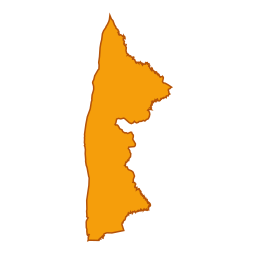 outline of Thep Sathit, Chaiyaphum, Thailand
{"feature_id": "78962969B6140233535847", "entity_name": "Thep Sathit", "entity_type": "district", "adm_level": 2, "iso_a3": "THA", "parent_name": "Thailand", "parent_adm1": "Chaiyaphum", "projection": "equal_earth", "projection_center": [101.542, 15.61], "detail": "fine", "context": "isolated", "style": "filled", "palette": "amber", "viewbox_px": 256, "rotation_deg": 0, "n_neighbors": 0, "source": "geoboundaries", "source_scale": "gbopen_adm2", "svg_char_len": 5852}
<svg xmlns="http://www.w3.org/2000/svg" viewBox="0 0 256 256"><path d="M135.3,145.3L135.4,143.8L132.7,139.2L133.3,136.8L133.3,135.1L132.2,133.8L131.6,132.3L130.6,132.2L127.8,133.5L126.0,132.7L125.0,133.0L123.0,131.8L122.6,131.4L122.1,129.9L119.7,128.7L118.5,126.3L117.7,125.3L117.0,124.9L115.5,125.0L115.1,124.6L115.9,122.6L116.6,119.1L118.4,118.4L120.8,118.9L123.8,118.1L124.8,118.7L129.3,122.7L131.3,123.6L133.2,122.8L134.4,121.3L135.2,122.2L136.6,122.9L138.3,122.3L139.1,121.5L141.6,121.3L143.3,120.4L144.9,121.0L146.5,119.5L148.2,118.8L149.3,116.6L149.8,114.2L149.5,112.5L148.6,110.7L147.7,110.3L148.6,109.2L149.5,109.5L150.3,109.0L150.7,109.5L151.4,109.6L150.9,109.1L151.3,108.2L150.8,108.1L150.8,107.7L150.4,107.5L151.1,107.3L151.1,106.4L150.7,105.9L151.0,105.2L151.6,105.2L151.3,104.7L151.5,104.0L152.1,104.1L151.9,102.6L152.3,102.5L152.4,103.0L153.3,102.6L153.1,101.9L152.2,101.3L153.0,101.1L153.7,101.6L154.4,101.2L154.7,100.5L154.9,101.5L156.0,101.7L156.3,100.8L155.7,100.0L156.1,99.6L156.8,99.6L157.4,99.0L157.7,99.4L157.7,100.7L159.4,100.9L160.3,100.3L160.9,98.7L161.5,99.0L161.6,98.6L162.4,98.1L163.2,98.4L163.6,97.6L164.2,97.9L165.2,97.2L166.2,97.6L166.3,96.1L166.9,95.8L168.2,95.9L168.7,94.5L169.8,94.0L168.8,92.7L168.7,91.3L168.3,90.3L168.4,89.3L170.1,88.5L170.4,87.9L171.6,87.2L167.9,84.7L165.1,83.2L163.4,82.9L162.5,81.7L163.3,78.3L163.3,77.3L162.9,76.8L162.5,76.3L162.2,76.7L160.7,76.7L160.5,77.1L159.7,76.7L159.0,74.7L158.5,74.9L158.3,74.4L158.1,74.7L157.8,73.9L157.4,74.1L156.7,72.2L156.4,71.9L155.6,71.8L155.3,72.2L155.4,73.3L154.7,73.0L154.3,71.4L152.5,69.8L152.3,68.6L152.0,68.9L151.7,68.5L151.6,70.2L151.2,69.6L150.7,69.6L150.8,68.9L150.0,68.2L149.5,66.7L148.7,66.3L148.9,65.4L149.5,65.2L149.1,64.7L148.9,63.7L148.2,63.7L147.5,64.1L147.3,63.9L147.5,63.9L147.5,63.5L147.1,63.5L147.2,62.7L146.5,62.9L145.9,62.5L145.3,63.2L145.3,64.1L143.5,64.1L143.0,63.6L142.5,65.1L142.0,64.5L142.0,63.5L141.5,63.5L141.3,62.9L141.0,62.6L140.7,62.8L140.5,62.2L140.2,62.7L139.7,62.3L138.5,62.3L138.6,63.1L138.0,62.4L136.9,62.3L136.6,63.1L135.7,62.6L135.7,61.8L134.8,60.4L134.7,59.7L134.0,59.2L132.7,59.2L133.0,58.1L133.8,57.5L133.7,57.1L133.1,57.0L132.2,57.6L131.0,56.8L130.6,55.9L129.6,55.8L129.3,56.1L128.5,54.6L127.5,55.1L127.9,54.2L126.7,53.3L126.0,50.6L126.3,47.6L125.6,46.3L126.0,44.8L124.7,45.2L123.8,43.9L123.9,43.2L124.3,43.2L124.0,42.6L124.4,41.3L123.4,40.4L123.2,38.8L123.7,38.5L125.0,38.7L124.8,36.9L124.2,36.2L123.7,36.4L123.5,35.8L123.3,36.5L123.1,36.1L122.6,36.4L121.8,35.4L120.5,34.7L119.7,35.1L119.4,34.7L118.8,34.7L118.5,33.8L118.8,33.2L118.5,32.9L118.9,32.9L118.6,32.3L118.7,31.7L118.6,31.3L118.8,31.6L118.8,31.3L118.2,30.9L117.9,29.7L116.0,28.2L115.8,26.9L114.5,24.9L112.9,20.6L111.4,19.1L109.9,15.4L109.4,19.5L108.8,21.5L107.5,24.3L106.0,26.6L106.0,27.3L103.6,30.8L102.4,33.8L101.7,39.7L100.8,43.3L100.1,47.7L99.5,56.8L98.7,62.5L99.1,65.1L98.9,69.1L98.1,69.8L94.7,75.8L93.8,79.7L92.9,81.4L92.6,82.8L93.6,86.1L93.7,89.1L93.4,90.7L92.1,95.0L91.8,98.7L91.9,100.2L91.3,102.0L90.2,109.0L87.3,116.9L85.9,124.3L84.5,134.6L84.7,136.1L84.4,138.0L84.6,138.5L84.4,142.8L84.9,144.6L84.4,145.7L84.9,146.5L85.4,149.6L85.2,153.7L85.7,159.9L85.6,161.2L86.2,165.2L87.1,167.7L88.7,176.4L89.2,177.8L88.9,185.4L86.7,200.5L86.9,209.2L86.6,211.1L86.9,215.5L86.7,216.7L88.1,217.8L86.4,220.9L86.2,222.3L86.3,227.5L86.9,229.5L86.8,231.1L87.2,234.7L87.8,235.5L88.0,235.4L88.2,234.7L88.9,234.4L89.2,234.6L88.8,235.2L88.6,236.8L88.2,237.6L88.3,239.6L88.0,240.6L89.3,240.2L98.6,240.4L98.7,239.9L99.1,240.1L99.4,239.0L100.2,239.0L99.9,238.7L100.1,238.3L99.7,237.9L100.5,238.2L100.9,237.6L102.0,237.2L101.8,236.8L102.1,236.5L102.2,237.4L102.0,237.7L103.0,238.1L103.0,237.1L103.6,236.6L103.6,236.0L104.1,235.4L103.6,235.1L104.1,233.9L106.7,232.8L112.0,232.9L123.8,230.5L121.9,224.4L122.3,222.7L122.5,222.4L122.9,222.7L123.8,220.3L124.6,220.2L125.2,219.2L125.8,216.8L126.8,216.2L126.8,215.7L128.1,214.3L128.6,214.8L128.7,214.0L128.2,213.7L128.4,213.0L128.9,213.6L129.5,213.1L130.5,213.3L130.6,212.1L131.0,212.7L132.0,212.3L132.3,213.4L132.7,212.8L132.9,211.6L134.3,211.9L134.7,211.3L135.6,212.5L135.8,212.0L137.0,211.5L137.4,211.1L137.6,211.3L137.8,210.9L138.1,211.1L138.3,210.6L138.7,210.9L139.0,210.5L139.5,210.7L139.4,210.2L140.0,211.0L140.3,210.8L140.7,209.2L141.3,209.4L141.7,210.5L142.0,210.2L143.0,210.6L143.4,210.0L143.4,210.4L143.7,210.0L143.8,210.2L144.4,209.8L144.6,209.2L145.2,209.4L145.1,209.9L145.8,209.7L145.8,210.1L146.2,210.3L146.9,209.9L146.9,209.5L147.6,210.2L148.1,209.7L148.6,209.8L148.4,208.6L148.6,208.1L148.3,207.8L149.0,206.9L148.5,207.1L148.5,206.7L148.8,206.1L149.0,206.6L149.5,206.3L149.7,205.8L150.1,206.0L150.4,205.5L150.3,204.2L149.9,203.6L149.5,203.9L149.3,202.8L148.6,202.3L148.1,202.6L148.3,203.3L148.1,203.4L147.5,202.7L147.8,200.9L147.6,201.3L147.0,201.1L147.3,200.1L147.0,199.4L146.2,199.1L146.0,199.7L145.6,199.8L145.6,198.4L145.2,198.6L144.8,198.3L144.7,198.7L144.6,198.0L144.1,198.0L144.4,197.4L144.6,197.4L144.5,197.0L144.2,197.1L144.3,196.7L144.1,196.4L143.5,196.6L143.2,196.2L143.4,195.8L142.7,196.0L142.7,195.4L141.9,195.1L142.1,194.8L141.5,194.6L141.8,194.3L141.5,194.0L141.6,193.7L140.7,193.5L140.5,193.1L140.9,192.7L140.8,192.2L141.0,191.9L140.8,191.7L140.3,191.9L140.1,191.3L140.4,190.9L139.7,190.2L139.3,189.1L138.8,189.4L138.6,188.8L137.5,189.4L136.8,189.3L136.9,189.6L136.5,189.9L136.9,187.4L135.9,187.6L135.5,187.1L134.9,187.3L134.8,186.5L135.7,184.1L135.3,183.9L134.7,182.6L132.9,182.3L133.3,181.4L133.3,179.3L134.5,176.1L133.1,172.2L131.6,170.9L128.5,169.6L127.8,168.8L127.2,167.0L125.7,166.8L125.4,165.7L124.7,165.5L125.5,164.5L125.3,164.0L125.6,163.5L125.8,162.2L126.6,162.3L127.2,161.1L127.6,161.1L127.8,160.1L128.7,160.4L129.1,158.4L130.5,156.8L130.8,153.6L130.0,152.4L129.7,150.5L128.3,148.6L128.8,147.1L134.1,146.6L134.6,146.4L135.3,145.3Z" fill="#f59e0b" stroke="#b45309" stroke-width="1.5"/></svg>